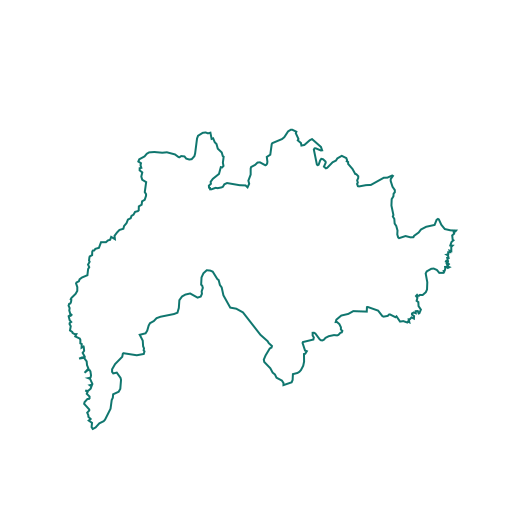 Gungu, Bandundu, Democratic Republic of the Congo (Mercator projection), rotated 167°
{"feature_id": "63176286B71176382547280", "entity_name": "Gungu", "entity_type": "district", "adm_level": 2, "iso_a3": "COD", "parent_name": "Democratic Republic of the Congo", "parent_adm1": "Bandundu", "projection": "mercator", "projection_center": [19.308, -5.768], "detail": "fine", "context": "isolated", "style": "outline", "palette": "teal", "viewbox_px": 512, "rotation_deg": 167, "n_neighbors": 0, "source": "geoboundaries", "source_scale": "gbopen_adm2", "svg_char_len": 6107}
<svg xmlns="http://www.w3.org/2000/svg" viewBox="0 0 512 512"><g transform="rotate(167 256 256)"><path d="M127.1,159.4L123.6,157.2L122.8,157.9L121.5,156.9L121.5,160.0L120.2,159.8L118.3,161.2L116.2,159.5L115.5,161.9L117.2,163.8L116.9,164.9L115.0,165.5L113.2,164.3L112.8,166.3L110.8,166.0L110.4,163.4L109.7,163.5L107.4,166.7L108.9,170.6L108.2,174.6L109.6,176.2L108.1,179.0L109.1,181.0L107.8,181.9L107.2,180.7L106.1,180.6L105.1,181.2L102.4,180.5L98.7,182.5L96.9,184.9L95.0,191.9L94.6,200.8L93.1,202.6L88.1,204.1L85.7,203.8L82.9,201.7L81.2,198.3L77.0,197.4L76.3,198.1L76.5,199.2L75.4,199.3L74.4,201.2L74.2,202.8L73.0,202.6L71.8,201.2L70.1,201.6L72.1,203.1L69.9,204.7L70.4,205.4L71.8,205.2L72.0,205.9L70.8,206.9L72.2,207.9L71.7,208.5L70.1,208.2L70.1,211.1L68.8,210.8L68.8,213.4L69.9,214.4L68.3,214.5L67.9,216.4L66.0,216.0L66.2,217.7L64.6,216.8L63.7,221.0L62.2,221.9L64.3,222.6L62.4,225.6L60.1,226.9L60.7,227.6L60.2,231.9L57.9,233.2L58.0,235.2L56.3,235.0L55.3,235.8L60.6,237.2L66.0,239.8L68.4,244.7L69.6,250.5L70.4,251.2L71.9,250.6L75.0,246.1L83.6,246.2L89.3,244.7L92.2,242.3L97.4,240.1L98.4,238.9L101.2,239.4L105.8,241.8L112.6,241.2L113.3,242.1L113.5,245.2L112.4,249.0L112.6,253.8L113.6,256.4L112.9,261.1L113.8,263.7L112.9,265.0L112.7,274.7L111.0,280.9L108.7,283.2L107.9,285.8L106.4,286.9L105.9,289.0L107.4,292.7L107.9,298.9L107.4,300.7L104.6,303.2L105.2,303.8L110.4,302.8L113.9,303.5L128.1,299.4L132.9,300.3L139.9,300.6L141.0,301.1L141.3,303.5L140.3,304.6L140.4,307.0L138.9,308.9L138.4,310.7L139.9,313.2L140.8,313.5L142.4,319.1L145.5,325.0L145.1,326.9L146.3,327.9L145.7,328.8L146.0,331.1L149.9,334.3L154.8,332.8L156.6,331.0L160.3,330.1L166.8,325.9L168.2,325.7L169.7,327.8L167.1,331.2L167.0,332.4L168.9,335.2L170.5,336.0L172.0,334.7L174.4,330.9L175.4,330.6L176.1,331.4L175.7,346.7L174.7,347.7L173.6,347.5L169.0,344.2L167.8,344.1L168.2,347.7L175.1,357.3L177.6,356.7L183.9,353.3L186.9,353.4L186.8,356.0L189.3,359.3L188.3,360.5L189.6,366.7L188.7,368.0L192.3,370.9L193.7,371.2L196.7,370.2L201.7,365.4L204.3,364.1L214.7,362.3L215.5,361.5L219.3,351.5L223.2,350.1L223.7,345.2L224.4,343.5L225.5,342.5L226.5,342.3L231.1,346.4L233.5,346.7L236.3,345.0L240.7,343.8L241.5,342.5L242.9,336.5L246.5,331.1L246.4,327.9L248.8,324.8L250.3,327.1L256.1,328.7L267.8,333.6L270.7,333.0L272.7,330.9L274.1,330.6L278.1,330.7L280.0,331.5L284.5,331.0L285.7,331.3L285.5,332.6L286.4,333.1L286.1,335.1L283.7,336.5L283.5,338.5L280.7,340.9L273.6,344.3L270.3,350.5L269.1,349.9L267.4,351.1L267.3,354.3L265.2,360.0L265.9,360.8L266.1,364.6L269.1,369.2L269.3,374.0L270.6,376.1L271.3,380.3L272.9,380.1L272.7,386.4L275.2,386.3L277.3,387.7L280.2,388.0L285.4,386.2L287.0,383.8L292.3,369.5L293.6,367.1L296.9,364.8L299.3,365.0L302.1,366.6L303.3,369.1L306.4,370.2L308.4,369.4L309.2,369.8L312.1,373.2L319.5,377.1L324.1,377.7L331.7,380.2L336.8,381.0L339.4,380.2L342.2,378.1L348.0,376.5L349.4,374.5L347.2,372.3L348.1,370.5L347.9,367.7L349.6,367.7L350.1,365.6L348.0,363.0L349.9,359.2L349.7,355.9L346.4,352.7L350.0,343.3L349.2,341.0L349.6,339.4L351.8,335.8L354.7,334.9L355.9,331.7L359.0,330.7L360.0,326.9L361.0,326.3L363.9,326.2L366.1,323.8L368.3,323.1L369.6,321.0L372.6,320.3L374.8,317.1L377.8,314.9L379.1,312.4L383.2,312.1L386.1,310.2L389.3,307.5L389.7,304.2L392.8,307.2L394.5,304.6L396.7,304.5L399.1,303.2L403.9,304.3L407.2,299.3L410.9,299.1L412.4,297.8L413.8,298.0L414.6,297.0L415.5,293.7L418.1,293.0L418.6,292.2L419.7,289.2L419.4,287.8L421.6,285.4L421.0,282.6L422.5,281.1L424.6,275.2L430.4,274.2L433.1,273.0L434.3,271.2L436.8,270.6L437.5,269.8L437.1,265.9L438.0,262.2L440.3,259.7L445.2,256.7L446.3,255.5L445.8,254.8L446.6,252.8L447.6,251.5L448.8,251.4L449.8,249.8L449.3,247.2L450.2,244.9L450.0,241.7L449.0,240.1L450.1,239.4L450.9,240.0L452.1,239.5L452.0,235.3L450.9,233.3L452.6,232.6L453.0,231.7L452.3,229.3L454.0,225.3L452.1,223.3L452.0,222.2L450.3,220.7L448.6,220.3L450.2,218.3L446.3,215.2L446.0,213.8L446.8,210.4L445.6,209.4L446.6,205.9L444.4,206.6L444.3,206.1L444.8,202.3L446.7,200.6L445.5,196.4L445.7,195.9L448.4,196.3L451.4,195.8L446.5,195.5L444.7,191.4L445.2,187.7L444.6,184.0L449.3,180.8L445.5,182.7L443.8,182.2L443.3,180.8L443.6,176.8L444.4,175.1L445.0,174.6L446.9,174.7L445.3,173.6L444.2,168.1L444.6,167.5L447.0,167.5L446.4,166.8L445.2,166.7L446.9,164.0L449.0,162.8L450.6,162.4L452.5,163.4L450.7,161.4L451.9,159.8L449.8,156.5L450.2,154.8L450.9,154.3L452.4,154.6L455.9,152.2L456.7,150.6L453.0,144.0L453.2,143.0L455.7,141.3L455.2,138.5L455.5,137.0L453.8,134.4L456.0,133.3L453.3,130.3L454.7,126.3L454.0,124.2L450.9,125.0L446.3,128.2L441.6,129.3L439.9,130.5L432.1,139.9L429.0,148.1L427.4,150.1L426.3,153.4L420.4,154.6L418.1,157.1L415.4,165.6L415.4,167.7L417.9,173.7L421.5,173.7L422.3,175.5L421.7,178.0L417.6,182.4L409.0,187.9L407.7,190.8L407.0,191.1L394.5,186.1L387.4,185.8L386.1,188.2L386.7,189.3L385.9,191.2L386.3,193.4L385.4,199.0L387.0,205.4L381.0,205.5L378.8,207.7L376.2,212.4L374.4,214.4L370.2,215.6L366.9,217.8L362.7,218.3L349.0,217.9L345.3,218.4L342.9,222.7L340.6,230.2L337.2,233.2L333.5,234.3L328.6,234.3L322.3,228.6L319.0,228.9L317.2,231.3L316.9,233.8L315.0,236.9L315.1,239.2L315.9,240.4L313.9,247.4L311.1,251.0L307.2,253.2L303.9,252.1L301.7,250.5L298.9,242.3L297.8,240.9L297.7,235.9L296.5,233.1L296.6,225.0L292.7,211.5L287.1,209.1L281.4,204.0L269.4,178.2L263.8,170.3L263.2,168.3L260.7,164.7L261.5,163.3L263.4,162.8L269.0,157.0L271.7,153.3L271.8,150.9L267.3,143.4L266.0,138.6L264.2,136.3L263.4,132.8L258.8,128.8L257.8,126.1L258.3,124.0L249.7,124.9L248.2,127.0L246.6,132.6L241.9,132.7L239.8,133.4L237.9,134.7L234.7,138.4L232.9,142.3L231.3,149.7L230.0,149.7L227.9,151.8L229.5,152.9L230.2,160.8L229.6,161.6L218.9,161.7L218.0,163.6L218.7,165.8L218.1,168.4L216.8,168.2L215.6,167.1L212.7,160.5L211.7,159.3L210.3,158.8L208.6,159.2L206.7,160.6L203.1,161.5L197.8,161.4L194.8,160.4L193.4,160.6L191.0,162.2L189.6,162.3L188.7,163.6L189.8,165.3L189.3,167.4L190.1,170.9L191.9,173.4L193.2,173.7L192.0,175.9L186.3,178.8L179.1,178.8L173.6,180.4L160.6,176.9L159.4,181.2L158.6,181.2L149.3,175.3L146.4,169.0L145.3,168.2L141.1,168.0L139.7,169.0L138.7,169.0L133.9,165.0L132.7,165.6L130.4,159.7L127.1,159.4Z" fill="none" stroke="#0f766e" stroke-width="2"/></g></svg>